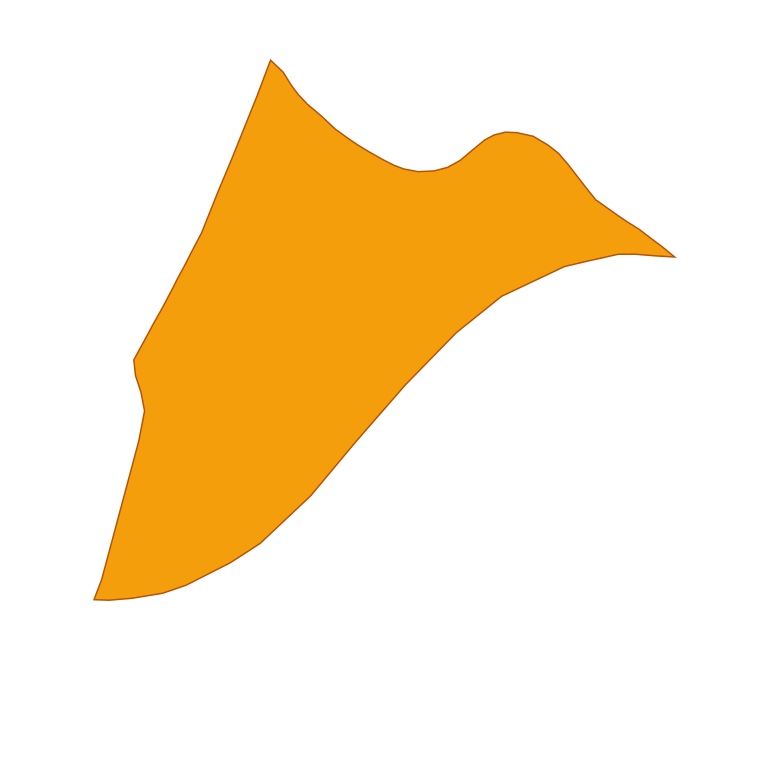 the district of Itaparica, Brazil, rotated 105°
{"feature_id": "56859067B29477790056969", "entity_name": "Itaparica", "entity_type": "district", "adm_level": 2, "iso_a3": "BRA", "parent_name": "Brazil", "parent_adm1": "", "projection": "mercator", "projection_center": [-38.672, -12.871], "detail": "fine", "context": "isolated", "style": "filled", "palette": "amber", "viewbox_px": 768, "rotation_deg": 105, "n_neighbors": 0, "source": "geoboundaries", "source_scale": "gbopen_adm2", "svg_char_len": 1023}
<svg xmlns="http://www.w3.org/2000/svg" viewBox="0 0 768 768"><g transform="rotate(105 384 384)"><path d="M667.4,608.3L664.0,593.6L656.3,572.2L643.3,543.5L629.4,522.9L596.6,486.4L583.6,474.6L569.9,462.3L510.8,425.8L447.3,396.4L379.4,363.2L315.8,327.5L268.9,293.2L223.9,240.2L213.4,220.7L198.1,191.4L193.8,175.9L190.0,155.1L186.1,136.1L179.1,151.6L174.0,164.5L168.6,177.4L164.8,189.9L161.0,201.0L155.8,215.0L151.2,227.3L140.7,241.5L124.3,263.0L116.0,275.2L111.0,286.8L106.1,303.9L106.8,320.5L109.3,331.9L114.9,342.0L122.1,349.8L134.7,358.8L148.4,368.4L158.2,378.5L165.2,390.7L170.1,406.1L171.2,420.7L170.1,431.2L167.6,443.1L163.7,458.2L159.9,471.3L155.4,484.0L150.5,496.9L141.3,514.0L133.4,530.8L126.4,542.0L119.4,550.9L108.9,562.1L100.6,577.4L139.0,581.2L205.1,589.2L241.4,594.1L285.1,599.3L307.7,604.4L320.1,607.0L334.6,610.5L345.3,612.7L367.5,617.7L385.4,622.3L397.3,625.1L425.5,631.9L440.2,626.2L454.9,616.6L472.0,608.3L502.5,606.1L645.9,606.1L667.4,608.3Z" fill="#f59e0b" stroke="#b45309" stroke-width="1.5"/></g></svg>